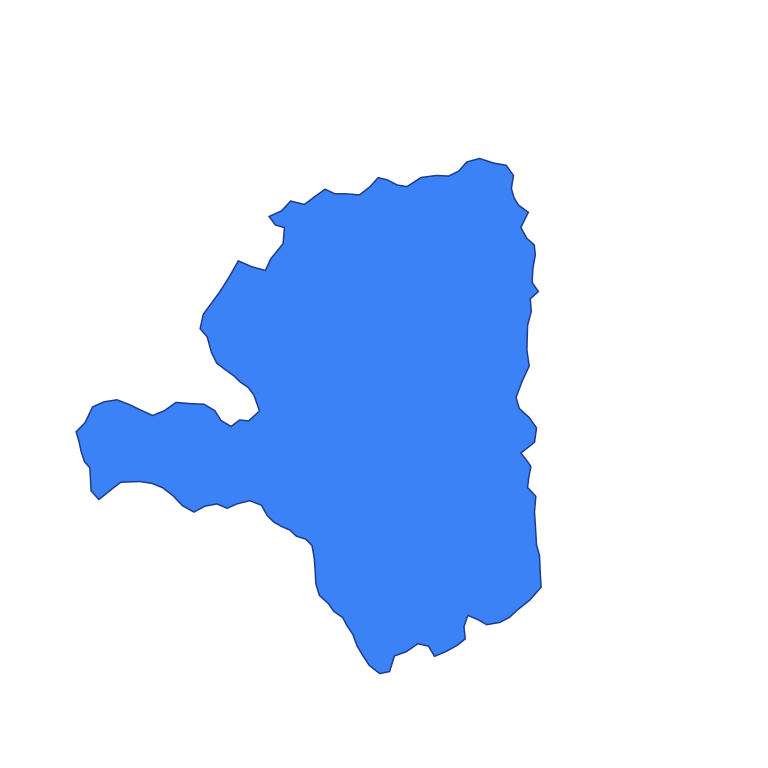 outline of Doresópolis, Minas Gerais, Brazil, rotated 31°
{"feature_id": "56859067B32134422354476", "entity_name": "Doresópolis", "entity_type": "district", "adm_level": 2, "iso_a3": "BRA", "parent_name": "Brazil", "parent_adm1": "Minas Gerais", "projection": "equal_earth", "projection_center": [-45.895, -20.285], "detail": "fine", "context": "isolated", "style": "filled", "palette": "blue", "viewbox_px": 768, "rotation_deg": 31, "n_neighbors": 0, "source": "geoboundaries", "source_scale": "gbopen_adm2", "svg_char_len": 2042}
<svg xmlns="http://www.w3.org/2000/svg" viewBox="0 0 768 768"><g transform="rotate(31 384 384)"><path d="M144.7,583.5L152.1,590.3L159.3,598.0L167.2,604.8L175.0,607.3L181.1,616.3L188.0,626.5L199.1,629.9L205.1,613.6L209.0,603.7L216.1,599.1L225.0,593.3L236.3,588.7L247.9,586.9L260.9,588.5L273.9,592.1L287.0,591.7L293.4,581.0L302.5,572.9L313.6,571.3L319.7,562.5L329.0,553.2L341.4,551.0L351.4,556.8L360.5,559.1L369.6,558.9L378.5,557.7L387.3,559.6L396.9,557.3L405.5,559.6L413.6,568.8L421.8,580.4L428.4,590.3L437.5,598.5L449.4,600.9L458.2,604.8L469.0,605.5L476.4,610.0L486.3,614.7L495.8,622.4L505.2,627.4L516.2,632.8L529.5,634.4L536.9,627.6L533.0,611.8L541.1,601.8L546.8,589.2L557.1,585.8L567.6,591.4L574.8,581.5L581.4,570.2L584.9,560.7L577.5,550.7L575.0,539.2L586.1,537.6L596.0,537.4L606.0,528.8L611.7,519.5L614.7,509.1L620.3,494.0L623.3,477.2L613.7,463.2L605.7,451.0L597.4,443.1L586.3,426.8L578.9,416.2L572.0,402.1L560.3,398.7L556.0,389.0L552.4,379.1L545.0,375.7L536.9,372.7L543.0,356.4L537.4,343.1L525.6,337.9L512.7,335.4L504.1,327.5L501.0,310.5L499.2,293.8L489.2,281.6L483.2,271.1L476.8,259.6L472.9,246.0L465.5,235.6L468.7,225.2L458.7,220.7L452.2,208.5L447.3,195.6L441.2,187.4L431.4,185.6L420.7,179.3L419.3,162.5L407.2,161.4L399.4,157.3L392.5,150.8L387.6,138.6L376.0,133.6L364.4,138.1L349.7,141.5L340.6,151.0L338.4,163.0L332.3,172.5L321.6,178.2L309.4,187.9L302.0,203.0L292.6,206.7L281.8,207.3L272.7,210.1L270.5,221.8L265.6,234.5L253.1,240.8L243.7,246.3L233.2,247.4L228.0,259.4L223.3,271.1L209.8,275.2L207.0,288.3L199.2,299.6L209.1,303.7L218.1,301.2L225.2,315.7L222.5,334.9L223.8,347.8L209.8,351.7L195.7,353.5L196.2,372.7L195.7,390.6L194.3,405.3L193.2,417.3L197.9,431.3L208.2,434.7L219.8,445.8L229.9,452.3L240.7,453.5L251.5,454.4L259.7,456.4L269.2,456.9L278.3,460.5L291.2,471.3L286.9,485.4L278.8,489.2L274.7,499.2L263.1,499.2L252.8,494.0L240.2,494.0L228.6,500.3L215.2,506.9L209.5,520.0L201.8,530.2L188.3,531.7L175.5,532.9L163.2,535.1L153.2,543.5L146.0,553.7L147.7,571.1L144.7,583.5Z" fill="#3b82f6" stroke="#1e3a8a" stroke-width="1.5"/></g></svg>